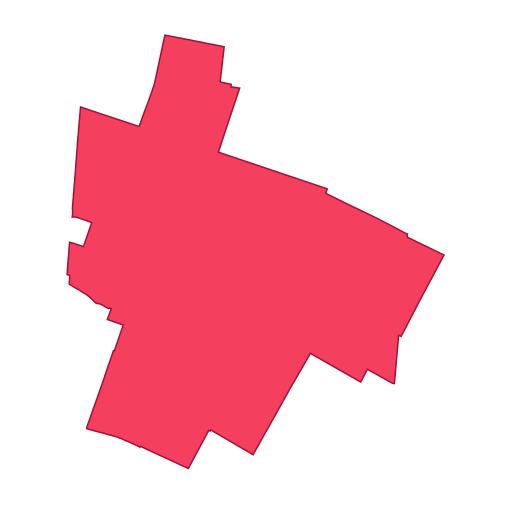 Valcelele, Calarasi, Romania, rotated 273°
{"feature_id": "2599482B65802479293410", "entity_name": "Valcelele", "entity_type": "district", "adm_level": 2, "iso_a3": "ROU", "parent_name": "Romania", "parent_adm1": "Calarasi", "projection": "mercator", "projection_center": [27.174, 44.384], "detail": "fine", "context": "isolated", "style": "filled", "palette": "rose", "viewbox_px": 512, "rotation_deg": 273, "n_neighbors": 0, "source": "geoboundaries", "source_scale": "gbopen_adm2", "svg_char_len": 3788}
<svg xmlns="http://www.w3.org/2000/svg" viewBox="0 0 512 512"><g transform="rotate(273 256 256)"><path d="M183.2,405.1L184.0,405.4L188.9,407.7L203.6,414.4L224.0,423.7L245.4,433.7L266.8,443.7L282.8,405.9L285.7,406.0L285.8,406.0L285.7,405.8L285.7,405.7L285.7,405.4L285.8,405.3L286.0,405.2L291.7,393.1L294.8,386.3L296.8,381.8L298.8,377.3L299.0,377.2L302.5,368.9L305.9,360.9L308.3,355.1L310.7,349.2L314.4,340.6L322.2,322.4L322.3,322.4L326.8,323.6L345.0,258.5L357.7,213.0L390.3,221.9L403.6,225.6L422.8,230.9L423.2,226.5L423.6,222.1L424.9,222.2L426.1,222.3L426.9,217.4L427.1,216.6L427.4,214.7L428.0,211.0L429.7,211.2L445.9,212.2L449.4,212.4L460.5,213.1L462.7,213.2L463.3,213.2L463.4,212.5L463.6,211.2L464.0,208.8L464.1,207.7L464.3,206.3L464.4,206.0L465.2,200.0L465.6,196.5L466.0,194.2L466.4,192.0L466.8,189.4L467.1,186.8L467.4,184.7L467.7,182.6L468.2,179.5L468.6,176.4L469.5,170.0L470.4,163.5L470.8,160.7L471.2,157.9L471.5,155.7L471.8,153.5L467.5,152.8L463.4,152.1L451.5,150.2L439.5,148.3L429.5,146.7L425.8,146.1L422.8,145.6L419.8,144.8L414.8,143.4L402.4,139.7L393.8,136.9L389.7,135.7L384.3,134.0L380.4,132.9L379.7,132.7L379.4,132.5L379.3,132.4L379.3,132.2L379.6,130.8L380.6,127.4L381.4,124.6L382.0,122.4L383.3,117.7L384.2,114.4L384.7,112.5L385.2,110.5L386.4,106.3L387.2,103.6L388.1,100.2L388.9,97.3L389.9,93.4L391.0,89.6L391.7,87.2L392.5,84.3L392.8,83.2L393.9,79.1L395.1,74.9L395.6,73.0L388.0,72.7L380.3,72.5L374.0,72.2L371.9,72.2L369.8,72.2L367.3,72.1L366.5,72.0L362.9,71.9L359.3,71.8L355.0,71.8L353.0,71.7L351.0,71.6L345.6,71.5L342.2,71.4L338.4,71.3L335.5,71.3L332.6,71.2L330.0,71.2L327.2,71.1L323.7,71.0L321.7,71.0L319.0,70.9L317.4,70.8L316.4,70.8L314.6,70.7L311.7,70.7L307.5,70.5L305.4,70.5L302.9,70.4L299.7,70.3L295.8,70.2L294.7,70.2L294.2,70.2L293.8,70.2L293.6,70.2L293.3,70.3L292.8,70.4L291.8,70.5L290.9,70.5L289.2,70.6L287.4,70.6L285.2,70.5L285.3,70.7L285.4,71.1L285.4,72.3L285.5,73.7L285.3,74.9L284.9,76.3L280.8,90.2L256.3,83.2L259.0,73.7L260.0,69.1L258.4,69.1L253.5,68.9L249.6,68.9L246.2,68.8L242.4,68.6L237.9,68.5L234.8,68.4L230.5,68.4L227.6,68.3L227.2,69.5L226.7,71.1L218.1,70.9L217.2,72.8L216.0,74.7L214.4,77.7L213.4,80.0L210.4,85.2L209.1,87.9L208.6,88.7L208.1,89.6L204.4,94.3L201.5,97.5L200.6,98.5L200.3,99.2L200.2,100.6L200.1,102.0L199.4,104.2L197.4,108.1L196.5,109.7L195.9,111.5L196.3,112.6L195.9,114.2L184.8,110.9L180.1,127.0L180.0,126.9L174.5,125.4L168.6,123.7L161.8,121.8L157.0,120.4L153.8,119.5L154.0,118.6L147.7,116.8L143.1,115.5L140.0,114.6L136.9,113.7L134.4,113.0L132.6,112.5L128.1,111.2L126.5,110.9L125.0,110.4L122.7,109.7L120.9,109.2L118.4,108.5L115.4,107.6L113.2,107.0L109.5,105.9L105.1,104.6L103.2,104.0L100.4,103.2L97.7,102.4L97.2,102.2L95.8,101.7L93.6,101.1L91.2,100.4L88.7,99.7L85.8,98.9L81.8,97.7L79.7,97.0L78.1,96.6L76.4,96.1L76.2,96.0L75.9,96.0L75.5,95.9L75.1,95.9L74.9,95.9L74.7,96.0L74.4,97.0L74.0,98.9L73.5,101.4L72.9,104.0L72.2,107.2L71.7,109.7L71.2,112.4L70.6,115.0L70.1,117.2L69.6,119.4L69.1,121.7L68.5,124.4L68.1,126.3L67.9,127.2L67.5,128.1L67.0,129.5L66.4,131.4L65.1,134.7L64.5,136.2L63.8,138.4L63.0,140.6L62.1,142.9L59.9,148.2L59.4,149.4L59.0,150.1L59.8,150.9L59.3,152.1L58.4,154.2L57.9,155.6L56.8,158.2L55.5,161.4L54.3,164.5L53.0,167.7L51.6,171.2L50.5,174.0L49.3,177.0L48.3,179.6L47.2,182.3L45.9,185.4L44.7,188.5L43.7,190.9L42.8,193.1L42.2,194.7L41.2,197.2L40.5,198.9L40.2,199.5L79.3,217.9L78.7,219.2L80.0,219.8L57.4,263.5L69.2,269.3L71.1,270.2L75.1,272.2L78.9,274.0L81.6,275.4L86.3,277.8L89.0,279.1L94.7,281.9L97.3,283.2L102.3,285.6L108.3,288.6L113.7,291.2L116.9,292.8L121.5,295.1L124.4,296.4L133.4,301.1L134.8,301.8L135.7,302.2L137.0,302.9L141.3,305.1L146.5,307.8L150.6,309.8L158.0,313.6L161.2,315.1L161.6,315.4L135.6,367.2L148.7,373.2L135.9,399.2L135.9,400.9L184.3,402.6L183.2,405.1Z" fill="#f43f5e" stroke="#9f1239" stroke-width="1.5"/></g></svg>